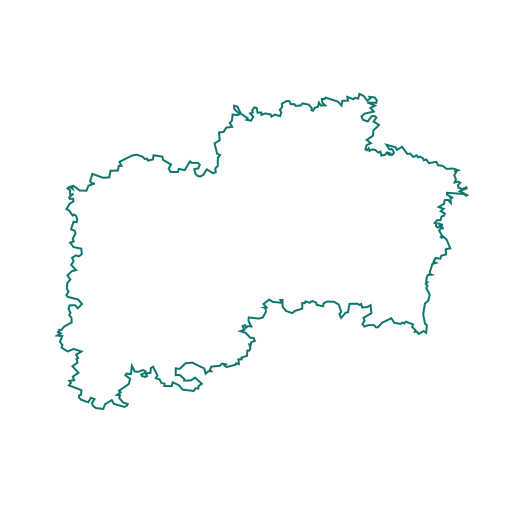 Netrakona, Dhaka, Bangladesh (Equal Earth projection), rotated 100°
{"feature_id": "16705992B47191620994273", "entity_name": "Netrakona", "entity_type": "district", "adm_level": 2, "iso_a3": "BGD", "parent_name": "Bangladesh", "parent_adm1": "Dhaka", "projection": "equal_earth", "projection_center": [90.87, 24.887], "detail": "fine", "context": "isolated", "style": "outline", "palette": "teal", "viewbox_px": 512, "rotation_deg": 100, "n_neighbors": 0, "source": "geoboundaries", "source_scale": "gbopen_adm2", "svg_char_len": 6038}
<svg xmlns="http://www.w3.org/2000/svg" viewBox="0 0 512 512"><g transform="rotate(100 256 256)"><path d="M411.4,418.2L413.2,416.2L415.9,417.8L418.4,404.7L423.1,404.2L423.8,405.9L426.0,405.9L427.9,403.2L429.2,395.8L424.3,393.9L425.0,390.2L429.5,392.1L432.0,390.3L433.6,387.2L433.1,379.8L428.3,379.0L423.0,373.0L426.3,370.3L427.5,359.4L425.6,357.0L424.0,356.6L423.4,361.4L419.5,366.1L416.8,365.7L416.9,368.8L413.7,365.6L412.5,367.5L404.3,359.2L398.9,358.6L396.1,363.9L394.2,363.2L394.1,358.7L385.8,359.1L390.8,355.4L390.6,351.9L388.0,347.7L388.6,344.8L390.3,344.7L392.5,348.5L394.0,347.6L394.3,343.9L393.1,342.4L390.8,344.5L389.4,339.6L384.7,340.1L382.9,338.2L390.6,332.4L393.8,333.4L394.2,329.6L397.3,327.3L397.7,323.8L400.0,323.7L398.8,316.4L394.9,316.1L396.5,309.8L400.4,304.9L399.7,293.9L396.7,292.5L396.6,289.8L394.0,290.0L391.3,287.2L386.4,294.9L389.8,298.5L391.2,305.1L389.5,305.3L386.4,310.6L387.3,314.4L380.6,315.5L380.4,311.5L373.9,306.8L372.1,300.2L375.8,287.4L380.6,285.2L377.8,282.9L377.3,280.1L376.1,281.6L372.7,280.8L370.5,272.7L367.8,270.6L368.0,267.0L369.3,268.1L370.4,265.6L366.7,257.3L365.2,257.1L365.4,254.1L360.8,255.4L360.3,252.2L358.6,252.7L355.9,247.5L350.6,248.1L350.4,246.2L347.6,245.4L344.3,247.2L344.4,245.7L341.9,245.8L339.8,242.4L337.1,244.2L337.5,247.4L333.5,252.8L332.7,258.3L330.8,254.8L327.1,256.9L326.1,254.5L328.5,253.5L326.5,251.8L326.2,248.4L321.3,252.1L317.8,252.5L317.1,242.2L315.4,238.6L309.2,236.6L305.9,237.4L305.5,239.1L304.8,236.7L302.0,240.3L296.6,235.4L298.3,231.6L297.6,222.4L295.1,224.3L294.7,222.3L301.4,221.0L304.8,217.0L306.0,210.5L303.3,208.2L299.8,201.3L294.2,202.3L294.0,199.8L292.1,199.4L292.7,195.0L290.5,192.9L291.6,188.4L293.6,187.8L293.8,181.1L291.0,181.3L288.6,178.3L287.5,171.4L289.4,166.1L296.1,162.4L298.6,163.8L302.2,161.4L296.3,157.9L295.4,155.6L286.9,155.6L285.4,147.8L286.3,145.4L285.0,144.1L288.3,142.4L286.8,137.3L284.5,134.6L292.3,132.4L298.2,139.4L301.0,137.8L304.4,139.4L306.7,137.0L304.6,133.4L303.6,127.7L305.5,125.3L305.0,123.6L299.7,120.1L293.8,111.9L297.8,108.3L297.7,101.5L296.1,100.2L296.6,98.2L294.7,97.1L296.1,89.5L298.8,89.9L301.2,86.1L303.0,86.5L302.6,84.1L304.6,82.3L300.8,78.0L302.1,75.1L294.4,75.7L293.3,77.8L284.6,81.2L273.5,81.4L270.0,78.6L263.7,78.3L258.0,82.8L255.6,81.8L253.9,84.0L252.1,82.5L251.8,84.0L247.6,84.1L245.0,83.5L243.9,79.8L243.3,81.9L241.3,82.0L233.2,80.9L231.5,77.5L230.9,80.2L226.8,78.8L226.6,73.9L223.4,73.5L221.5,69.1L216.4,70.3L214.7,66.0L206.7,71.2L204.5,74.7L205.9,76.3L205.2,77.4L203.5,76.4L199.2,80.0L196.6,78.8L196.5,76.1L195.4,78.3L192.9,78.2L192.4,81.3L194.6,79.8L196.5,81.8L195.2,84.0L192.9,83.8L192.4,85.8L189.3,83.8L188.7,80.5L185.0,80.2L183.6,77.8L181.4,77.4L179.8,81.9L177.0,79.5L176.0,84.6L171.9,79.9L168.2,79.9L167.4,76.7L169.9,73.4L164.9,74.6L164.6,72.1L162.4,78.6L160.6,78.9L158.9,62.5L160.1,59.5L159.4,58.6L156.8,66.6L152.8,60.3L151.8,60.8L154.2,64.4L153.5,68.6L151.1,69.4L148.4,67.6L147.7,69.8L149.1,73.2L145.7,72.4L142.1,74.8L138.9,73.5L138.0,74.6L136.5,71.8L135.6,76.9L137.1,83.4L134.8,87.9L135.0,92.3L132.0,94.8L134.5,101.9L131.3,105.2L132.7,107.2L130.8,108.7L129.7,111.7L130.7,113.4L128.9,115.3L131.1,118.3L128.4,121.8L129.2,124.7L123.1,131.1L127.1,135.6L124.7,137.6L123.8,146.8L127.9,143.1L127.0,141.2L128.1,139.5L130.4,138.0L132.8,139.6L133.2,142.6L132.2,144.2L131.5,142.8L131.2,144.9L133.9,146.4L135.3,150.1L131.6,151.5L132.9,153.6L130.9,156.8L130.9,160.4L132.8,162.5L130.4,163.7L132.6,165.0L132.1,166.7L127.6,166.3L125.0,162.5L122.4,167.1L117.2,161.7L112.0,162.2L105.6,157.6L103.3,163.5L98.7,161.5L97.6,163.2L98.4,166.5L104.1,169.3L103.3,174.2L100.3,176.4L97.0,173.8L93.3,165.1L90.3,169.0L87.2,164.9L85.5,173.0L84.3,164.2L81.7,164.1L79.2,166.7L79.6,171.9L80.8,170.8L83.8,173.4L79.7,177.7L78.4,182.3L83.3,182.7L83.0,185.9L84.7,187.1L83.5,193.7L87.0,192.4L88.2,197.9L92.9,197.9L89.7,202.2L87.9,215.0L89.5,215.7L90.0,218.5L93.9,217.0L95.6,214.1L96.6,218.4L94.0,220.7L98.3,221.0L99.9,223.9L103.0,224.9L102.8,226.7L100.5,226.8L97.8,230.4L97.7,236.8L99.9,237.9L101.3,243.1L99.8,244.5L100.5,248.1L97.6,250.1L98.2,252.9L101.4,256.8L104.9,256.0L107.8,257.9L110.2,256.0L114.1,256.6L113.5,262.0L116.0,265.0L114.1,266.2L114.0,271.7L116.1,275.1L113.7,275.7L114.6,279.4L110.3,280.9L109.9,283.4L113.4,285.1L115.2,284.0L116.6,286.6L119.2,282.9L123.6,284.4L123.5,289.0L121.9,288.0L118.4,295.7L112.3,300.1L111.8,303.6L114.9,303.0L119.1,296.9L120.4,298.4L120.7,303.6L126.9,303.2L129.5,304.9L133.0,301.9L134.7,307.6L139.4,309.4L140.8,313.9L148.3,311.8L152.3,316.4L161.9,312.1L162.8,308.9L165.9,310.6L174.0,309.3L176.8,311.3L180.5,310.2L182.0,312.8L179.2,319.5L185.4,322.1L187.4,324.8L187.3,327.3L185.6,330.0L181.2,331.8L179.7,328.1L175.8,327.2L174.4,329.1L175.4,335.3L174.3,337.4L183.8,341.1L183.6,347.2L186.8,347.4L188.1,354.6L185.0,357.2L180.6,355.5L177.5,364.3L174.4,365.5L174.6,374.4L178.8,374.3L180.8,379.0L179.0,380.1L179.8,382.4L178.0,384.7L176.9,390.8L178.5,395.4L187.0,406.8L190.6,404.2L191.1,406.8L195.8,406.8L197.3,414.1L204.1,414.2L205.5,420.2L203.5,431.4L211.1,432.4L212.8,430.4L212.6,427.4L215.9,433.2L221.1,434.3L222.1,440.9L218.6,448.0L219.3,449.6L221.9,448.1L220.2,451.7L222.2,453.4L223.5,450.6L228.3,449.5L226.4,446.6L230.7,450.2L232.1,449.3L231.3,446.2L234.0,445.3L237.0,448.7L242.8,450.8L243.8,447.7L248.0,443.6L246.8,442.4L247.9,440.1L251.0,438.3L253.9,438.6L253.9,441.6L261.8,442.8L262.7,438.8L265.0,437.6L270.9,439.5L273.3,438.1L275.1,441.3L278.9,437.3L279.1,429.3L284.4,427.9L287.1,430.3L286.7,433.6L289.7,436.8L292.6,434.8L296.8,436.5L301.2,430.7L302.8,434.7L307.9,438.3L311.5,434.7L315.4,437.1L320.9,436.7L323.7,434.4L327.5,436.0L328.9,434.3L329.8,423.5L333.5,419.0L338.4,422.5L335.9,425.7L337.0,431.0L340.5,431.5L344.0,428.9L346.5,429.7L348.8,427.1L353.5,426.0L358.6,432.5L362.4,434.7L363.0,437.0L365.0,436.3L365.3,438.5L366.1,434.8L368.9,438.0L368.5,432.9L374.7,434.2L377.2,431.2L380.0,431.6L382.7,424.9L379.2,419.5L380.4,411.3L384.4,416.0L387.6,413.5L388.7,414.8L392.0,413.3L396.5,417.6L401.8,410.6L406.6,415.4L409.9,413.6L411.4,418.2Z" fill="none" stroke="#0f766e" stroke-width="2"/></g></svg>